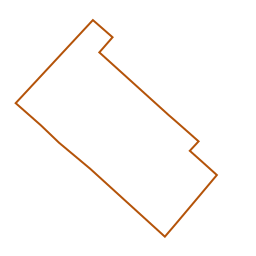 the district of Sandusky, Ohio, United States of America, rotated 42°
{"feature_id": "52423323B66860409179158", "entity_name": "Sandusky", "entity_type": "district", "adm_level": 2, "iso_a3": "USA", "parent_name": "United States of America", "parent_adm1": "Ohio", "projection": "mercator", "projection_center": [-83.077, 41.377], "detail": "fine", "context": "isolated", "style": "outline", "palette": "amber", "viewbox_px": 256, "rotation_deg": 42, "n_neighbors": 0, "source": "geoboundaries", "source_scale": "gbopen_adm2", "svg_char_len": 368}
<svg xmlns="http://www.w3.org/2000/svg" viewBox="0 0 256 256"><g transform="rotate(42 128 128)"><path d="M228.1,184.1L227.7,168.1L226.6,134.8L225.5,103.5L206.4,103.5L189.2,103.6L189.4,90.7L160.0,91.0L159.5,91.0L149.6,91.2L56.1,91.0L55.8,70.9L29.7,71.3L27.9,184.7L61.3,184.3L86.7,185.1L127.4,183.6L228.1,184.1Z" fill="none" stroke="#b45309" stroke-width="2"/></g></svg>